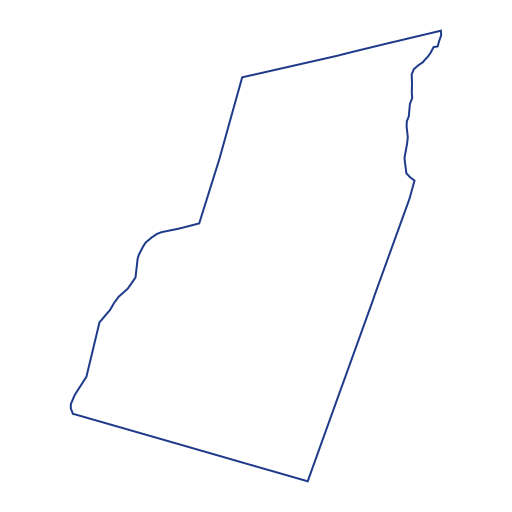 outline of Baraúna, Rio Grande do Norte, Brazil
{"feature_id": "56859067B35096548847871", "entity_name": "Baraúna", "entity_type": "district", "adm_level": 2, "iso_a3": "BRA", "parent_name": "Brazil", "parent_adm1": "Rio Grande do Norte", "projection": "mercator", "projection_center": [-37.595, -5.082], "detail": "fine", "context": "isolated", "style": "outline", "palette": "blue", "viewbox_px": 512, "rotation_deg": 0, "n_neighbors": 0, "source": "geoboundaries", "source_scale": "gbopen_adm2", "svg_char_len": 889}
<svg xmlns="http://www.w3.org/2000/svg" viewBox="0 0 512 512"><path d="M242.2,77.3L230.5,119.1L229.6,122.3L219.3,159.3L199.2,223.4L178.6,228.7L161.7,232.1L157.0,233.9L151.9,237.3L145.7,242.5L143.1,246.5L138.9,254.6L137.6,258.9L135.5,277.5L127.8,288.6L118.5,296.9L114.1,302.9L110.1,309.9L99.5,322.3L86.4,376.8L74.7,395.0L70.8,404.2L70.8,408.4L72.9,413.8L92.1,419.3L193.1,448.3L241.2,462.2L307.7,481.3L331.7,414.5L368.1,313.6L373.3,299.2L374.5,295.5L409.5,198.7L414.5,180.6L410.0,177.2L406.4,173.3L405.0,162.6L404.5,157.9L407.1,143.5L407.8,137.3L406.6,126.6L406.8,121.2L408.8,116.4L409.9,104.0L412.2,97.9L411.8,93.0L412.0,82.9L411.7,74.4L413.8,69.2L418.3,65.3L422.9,62.2L425.1,59.5L427.6,57.0L430.5,53.0L433.6,47.1L437.7,46.4L438.9,41.7L441.2,35.2L440.9,30.7L415.2,36.8L384.9,44.0L377.6,45.8L357.3,50.7L335.8,56.1L298.3,64.6L242.2,77.3Z" fill="none" stroke="#1e3a8a" stroke-width="2"/></svg>